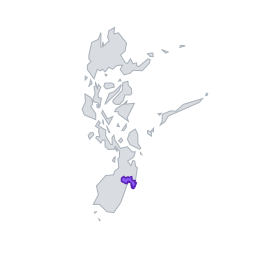 Pangasinan on a map of Philippines (Mercator projection), rotated 200°
{"feature_id": "PHL-2562", "entity_name": "Pangasinan", "entity_type": "Province", "adm_level": 1, "iso_a3": "PHL", "parent_name": "Philippines", "parent_adm1": "", "projection": "mercator", "projection_center": [120.195, 16.001], "detail": "fine", "context": "in_parent", "style": "filled", "palette": "violet", "viewbox_px": 256, "rotation_deg": 200, "n_neighbors": 0, "source": "natural_earth", "source_scale": "10m", "svg_char_len": 5391}
<svg xmlns="http://www.w3.org/2000/svg" viewBox="0 0 256 256"><g transform="rotate(200 128 128)"><path d="M119.1,42.1L128.9,46.5L134.5,44.3L133.0,55.3L137.8,62.7L132.7,75.6L125.6,79.1L125.8,82.7L123.0,87.4L126.9,95.4L126.1,97.5L127.9,103.2L133.7,106.4L133.6,103.4L139.2,101.1L143.3,102.9L145.5,108.8L148.0,107.7L148.3,104.6L154.9,107.7L154.7,109.2L151.4,110.2L154.9,115.3L154.5,117.5L159.2,118.5L158.1,124.8L155.7,123.2L156.6,120.1L148.2,118.4L146.3,113.0L138.8,106.7L137.1,107.0L139.8,113.6L138.9,116.4L135.9,111.9L128.0,106.3L122.3,110.2L115.7,107.0L113.0,108.1L112.7,102.9L117.0,96.7L112.3,93.5L112.4,98.9L110.4,99.3L107.9,94.7L105.7,93.9L101.6,74.7L102.4,73.7L106.7,77.5L109.5,76.7L109.3,55.6L112.5,43.6L119.1,42.1ZM176.7,162.6L186.2,169.0L187.6,173.3L185.5,178.1L188.4,179.5L189.7,183.3L191.3,196.0L186.2,201.2L186.1,208.4L181.3,194.8L179.5,195.8L175.5,203.4L178.2,206.3L179.3,212.8L175.0,217.8L173.5,211.6L169.5,214.2L158.3,207.2L157.1,199.3L160.0,194.0L152.9,188.4L150.6,188.5L149.3,193.9L145.4,190.0L142.1,192.2L141.4,189.7L139.1,189.1L132.8,199.9L130.5,199.7L130.0,196.6L134.2,186.7L143.0,183.9L144.8,180.2L149.8,176.6L155.3,180.2L154.7,185.3L159.9,182.9L162.6,178.0L166.9,178.5L168.7,173.0L172.3,174.4L173.2,172.3L177.0,172.5L176.7,162.6ZM148.3,169.0L144.1,171.9L142.4,168.4L138.4,166.2L136.2,161.7L137.2,159.8L142.2,158.1L141.7,152.6L143.9,147.4L147.5,146.0L150.9,146.9L151.6,148.9L146.3,161.1L148.3,169.0ZM173.6,125.4L177.5,129.9L176.9,137.9L180.2,145.3L173.5,144.0L170.9,141.3L169.4,138.4L170.4,135.6L163.2,130.4L161.2,124.8L173.6,125.4ZM129.9,134.4L142.0,137.9L142.7,140.0L146.2,138.7L145.7,142.1L141.1,148.3L130.4,153.4L132.3,137.3L129.9,134.4ZM84.0,169.2L68.0,181.1L69.7,176.5L94.4,152.9L95.5,146.3L98.7,141.7L98.4,146.5L100.5,152.6L94.0,158.5L88.6,160.4L84.0,169.2ZM109.9,112.0L120.5,113.1L124.7,117.2L124.9,123.9L120.9,129.5L116.8,125.6L113.2,116.7L109.1,113.4L109.9,112.0ZM164.9,141.3L169.5,140.9L170.8,143.1L170.6,148.8L174.0,155.2L172.3,156.8L170.3,154.4L170.8,158.9L167.6,157.1L167.7,148.8L166.0,146.4L163.2,146.9L161.7,138.7L164.9,141.3ZM149.0,166.7L149.2,159.8L157.8,142.2L157.4,154.0L153.4,157.6L149.0,166.7ZM165.1,162.2L158.9,164.7L156.4,164.3L154.9,161.8L161.7,157.2L164.9,159.0L165.1,162.2ZM147.2,124.6L157.8,132.9L157.9,135.8L150.4,129.6L146.2,133.5L147.2,124.6ZM162.0,110.4L159.6,111.8L157.8,110.0L160.3,104.4L162.8,107.2L162.0,110.4ZM135.2,204.5L130.4,207.0L128.7,203.7L131.7,202.7L135.2,204.5ZM103.1,128.4L107.6,129.5L108.8,132.3L104.8,132.4L103.1,128.4ZM129.8,111.7L132.5,112.7L131.0,116.2L128.7,114.5L129.8,111.7ZM118.3,211.2L123.2,213.3L116.2,213.1L118.3,211.2ZM179.6,160.5L177.0,157.7L179.2,153.4L179.0,156.0L179.6,160.5ZM132.9,123.7L131.1,131.1L129.9,128.0L131.0,124.4L132.9,123.7ZM106.8,221.4L107.1,223.5L102.3,224.8L106.8,221.4ZM131.4,91.8L131.2,95.1L130.1,96.5L128.8,91.3L131.4,91.8ZM140.2,149.4L138.0,153.6L138.0,151.2L140.2,149.4ZM105.1,133.6L103.9,136.6L102.8,133.1L105.1,133.6ZM165.3,139.3L163.7,139.4L162.0,137.0L164.0,136.7L165.3,139.3ZM138.9,125.9L138.9,128.6L136.5,126.3L138.9,125.9ZM185.9,162.0L183.5,161.5L184.6,158.5L185.9,162.0ZM144.7,117.5L149.0,123.0L143.6,117.5L144.7,117.5ZM104.7,151.7L101.9,153.2L102.7,150.7L104.7,151.7ZM152.8,168.9L152.2,171.3L150.6,170.1L152.8,168.9ZM153.5,124.2L154.4,127.5L152.3,123.4L153.5,124.2ZM66.2,187.5L64.7,187.4L65.0,185.3L66.1,185.1L66.2,187.5ZM167.9,170.8L166.1,170.9L165.9,169.7L167.0,169.4L167.9,170.8ZM180.8,199.8L179.5,198.3L179.9,196.8L180.8,197.5L180.8,199.8ZM107.4,107.9L108.2,109.7L106.0,107.6L107.4,107.9ZM173.5,157.8L174.3,160.2L172.2,157.2L173.5,157.8ZM130.8,37.3L128.7,38.9L130.2,36.6L130.8,37.3ZM133.3,104.8L130.4,103.3L130.4,102.3L133.3,104.8ZM122.9,31.2L124.8,33.0L122.7,31.8L122.9,31.2Z" fill="#d9dde1" stroke="#a8b0b8" stroke-width="1"/><path d="M103.2,80.9L103.2,80.6L103.2,80.4L103.3,80.2L103.2,79.9L103.0,79.3L102.9,79.1L102.7,78.9L102.4,78.8L102.1,79.0L101.8,79.1L101.7,79.2L101.6,79.3L101.4,78.9L101.4,77.4L101.5,77.1L101.7,76.6L101.7,76.3L101.7,76.2L101.4,75.8L101.4,75.4L101.4,75.2L101.7,74.3L101.7,73.8L101.9,73.5L102.0,73.3L102.1,73.1L102.4,73.1L102.6,73.0L102.7,72.9L102.9,72.9L103.2,72.9L103.5,72.9L103.6,73.2L103.6,73.4L103.3,74.7L103.5,74.8L104.1,75.0L104.3,75.2L104.7,75.6L104.8,75.7L105.1,75.7L105.3,75.7L105.4,75.8L105.7,76.1L105.8,76.0L105.9,76.9L106.0,77.2L106.2,77.4L106.4,77.5L107.1,77.7L107.4,77.7L107.6,77.7L107.9,77.5L108.0,77.5L108.5,78.4L109.1,78.3L109.9,77.6L109.8,77.2L109.4,76.7L109.5,76.5L109.6,76.3L109.9,76.1L109.9,75.9L109.9,75.4L110.1,75.3L110.9,75.4L111.3,75.3L111.5,75.0L111.9,75.1L113.1,75.5L113.4,75.6L113.8,75.6L114.6,75.4L115.8,75.8L116.0,75.9L116.1,76.2L116.3,76.8L116.7,77.9L116.8,78.5L116.7,79.0L116.5,79.3L116.4,79.4L116.3,79.5L116.1,79.7L115.9,80.4L115.8,80.6L115.7,80.8L115.5,81.0L115.3,81.0L115.1,80.6L114.9,80.4L114.7,80.3L114.3,80.3L112.9,80.7L112.7,80.3L112.6,80.1L112.4,80.4L112.2,80.9L112.0,81.4L111.7,81.7L111.3,82.0L111.1,82.1L110.9,82.0L110.7,81.9L110.1,81.6L109.8,81.6L109.5,81.7L109.3,82.0L109.0,82.8L108.7,83.0L107.9,83.5L107.7,82.9L107.0,81.9L106.7,81.4L106.7,81.0L106.6,80.8L106.4,80.6L105.9,80.6L105.7,80.6L105.0,80.2L104.7,80.2L104.2,80.8L103.9,80.9L103.6,80.9L103.2,80.9L103.2,80.9ZM104.7,74.5L104.8,74.7L104.8,74.9L104.7,75.0L104.4,74.9L104.0,74.6L103.8,74.2L103.6,74.1L103.7,73.9L103.9,73.7L104.0,73.6L104.2,73.4L104.3,73.4L104.5,73.5L104.7,73.9L104.7,74.5Z" fill="#8b5cf6" stroke="#5b21b6" stroke-width="1.5"/></g></svg>